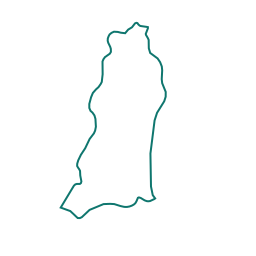 an SVG outline of Jijel, rotated 110°
{"feature_id": "DZA-2165", "entity_name": "Jijel", "entity_type": "Province", "adm_level": 1, "iso_a3": "DZA", "parent_name": "Algeria", "parent_adm1": "", "projection": "albers", "projection_center": [5.919, 36.73], "detail": "fine", "context": "isolated", "style": "outline", "palette": "teal", "viewbox_px": 256, "rotation_deg": 110, "n_neighbors": 0, "source": "natural_earth", "source_scale": "10m", "svg_char_len": 1385}
<svg xmlns="http://www.w3.org/2000/svg" viewBox="0 0 256 256"><g transform="rotate(110 128 128)"><path d="M26.4,143.8L27.5,143.4L33.5,143.5L34.4,142.9L36.9,139.9L38.2,138.7L46.0,135.7L49.9,132.8L52.5,124.0L55.2,120.3L58.6,117.3L62.1,115.6L70.6,113.0L74.2,111.2L81.2,104.9L85.7,103.3L90.5,103.1L103.8,105.9L111.8,105.6L144.3,98.2L175.1,86.4L182.6,81.8L184.9,78.4L185.8,79.0L189.1,82.3L189.9,83.8L190.3,85.3L190.3,87.6L189.4,92.1L189.5,94.0L190.2,94.8L194.1,95.0L196.2,95.4L198.0,96.4L199.7,97.9L201.2,99.7L202.5,101.9L203.4,104.5L203.9,108.3L204.2,114.9L205.4,118.9L207.9,125.0L218.1,136.1L227.6,140.9L229.1,142.4L229.8,144.5L225.8,153.8L225.8,164.0L200.7,159.1L199.0,158.2L198.1,157.0L197.0,154.1L195.9,153.4L194.2,153.5L189.0,156.6L184.7,158.4L183.4,159.8L182.3,161.4L181.1,162.8L178.9,163.5L175.4,163.7L169.3,163.1L161.7,161.3L151.4,160.3L144.7,158.2L141.7,158.0L137.8,158.6L130.6,161.7L127.7,163.8L125.7,166.6L124.7,169.1L122.4,171.2L118.6,172.6L111.8,173.2L107.1,173.0L102.7,171.3L99.7,169.7L96.0,168.7L93.7,168.4L86.2,170.2L74.2,174.7L71.8,174.6L69.3,173.9L64.4,170.5L62.3,170.1L59.5,171.2L57.8,172.5L54.7,175.7L53.0,176.9L50.8,177.6L48.5,177.6L46.4,177.3L44.2,176.0L42.3,174.1L41.2,170.4L40.9,167.3L39.9,163.1L35.5,161.5L32.0,158.7L27.3,157.2L26.3,156.1L26.2,155.0L27.1,153.8L27.7,152.3L27.9,151.3L26.6,145.1L26.4,143.8Z" fill="none" stroke="#0f766e" stroke-width="2"/></g></svg>